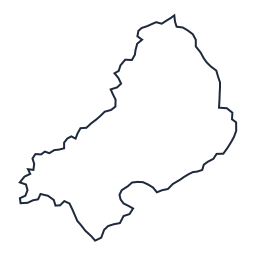 Santana do Jacaré, Minas Gerais, Brazil
{"feature_id": "56859067B59414869948736", "entity_name": "Santana do Jacaré", "entity_type": "district", "adm_level": 2, "iso_a3": "BRA", "parent_name": "Brazil", "parent_adm1": "Minas Gerais", "projection": "orthographic", "projection_center": [-45.071, -20.88], "detail": "fine", "context": "isolated", "style": "outline", "palette": "slate", "viewbox_px": 256, "rotation_deg": 0, "n_neighbors": 0, "source": "geoboundaries", "source_scale": "gbopen_adm2", "svg_char_len": 1659}
<svg xmlns="http://www.w3.org/2000/svg" viewBox="0 0 256 256"><path d="M20.6,203.2L27.6,202.8L33.0,200.3L38.1,199.3L40.5,194.0L48.0,195.8L53.8,200.0L55.5,205.6L60.1,205.3L64.3,201.1L69.5,203.5L72.3,209.3L75.1,215.8L77.3,220.9L80.8,224.9L85.2,230.6L91.2,236.1L95.1,240.6L101.2,237.7L104.1,229.9L108.0,226.1L113.5,224.3L119.9,223.1L123.6,216.0L129.5,214.1L133.1,208.5L128.3,205.8L123.6,203.5L120.6,199.5L119.5,194.8L121.7,190.2L127.9,186.2L132.1,182.5L137.6,181.9L143.0,182.2L147.9,184.4L153.0,187.5L156.9,192.3L162.1,190.2L167.9,189.0L172.8,184.0L179.8,179.9L184.1,176.9L188.6,174.2L192.8,172.1L197.1,171.6L202.2,170.0L203.8,164.7L207.9,161.7L213.3,158.9L216.6,153.9L223.3,153.7L227.7,147.6L231.4,141.6L234.0,136.8L236.2,130.8L236.1,122.3L232.0,119.3L232.4,112.7L226.8,108.2L219.0,107.7L219.5,99.4L219.7,92.9L220.0,87.6L220.0,82.4L218.1,76.8L216.3,70.6L210.6,66.3L206.6,62.3L203.8,58.4L200.6,52.5L195.8,46.5L195.8,39.8L192.8,34.2L187.4,30.2L182.8,27.5L176.6,26.7L175.0,21.6L174.3,15.4L170.5,18.2L166.0,20.9L161.7,23.7L156.2,22.2L151.5,24.2L147.1,26.2L141.6,28.0L138.4,30.9L137.4,36.3L142.1,39.7L137.2,43.7L135.5,50.1L134.9,54.7L131.9,60.0L125.2,59.7L120.5,65.3L118.7,70.9L114.5,73.3L118.3,77.8L121.1,83.6L117.1,87.4L110.7,89.4L112.8,94.1L115.6,99.7L115.4,106.6L111.0,110.0L104.7,111.7L100.6,115.7L96.4,119.4L91.0,123.5L86.4,127.8L80.5,128.2L77.6,133.3L75.6,138.6L71.3,136.4L67.4,138.5L64.1,142.6L64.1,148.3L59.0,149.6L54.3,150.1L49.3,153.2L44.9,151.6L41.1,154.4L35.4,154.1L32.5,158.5L34.2,163.9L33.4,169.9L28.0,169.2L30.2,173.9L24.5,176.6L19.8,182.4L26.0,184.5L27.5,190.2L25.4,195.7L19.9,198.2L20.6,203.2Z" fill="none" stroke="#1e293b" stroke-width="2"/></svg>